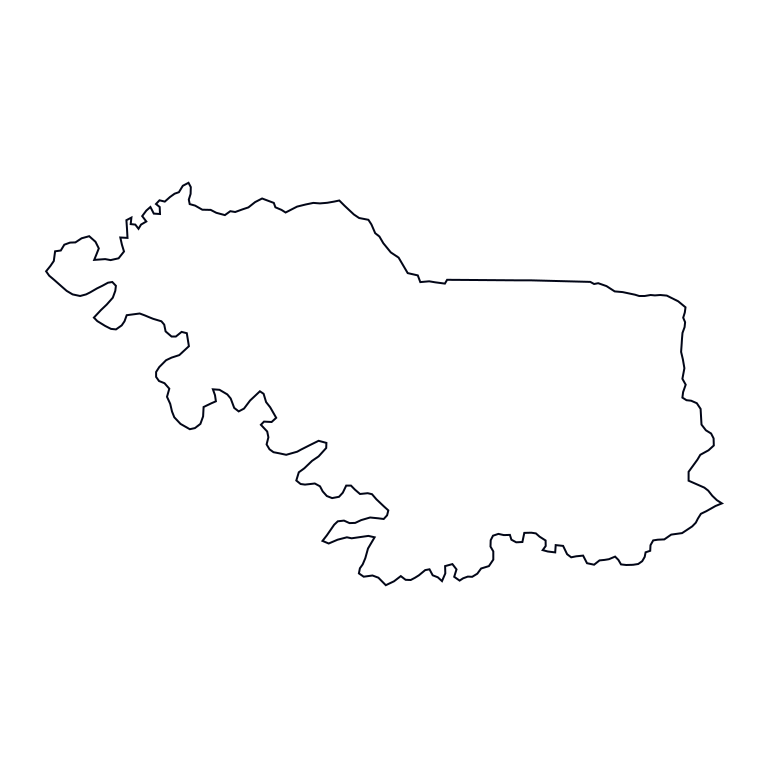 the district of Coronel Vivida, Paraná, Brazil
{"feature_id": "56859067B6845535054846", "entity_name": "Coronel Vivida", "entity_type": "district", "adm_level": 2, "iso_a3": "BRA", "parent_name": "Brazil", "parent_adm1": "Paraná", "projection": "albers", "projection_center": [-52.604, -25.993], "detail": "fine", "context": "isolated", "style": "outline", "palette": "ink", "viewbox_px": 768, "rotation_deg": 0, "n_neighbors": 0, "source": "geoboundaries", "source_scale": "gbopen_adm2", "svg_char_len": 4326}
<svg xmlns="http://www.w3.org/2000/svg" viewBox="0 0 768 768"><path d="M190.8,187.1L188.5,182.8L182.8,185.8L178.9,192.2L174.6,193.7L170.0,197.0L164.8,201.6L159.5,200.3L156.0,204.0L159.7,207.0L160.0,214.0L153.8,213.6L150.4,207.0L146.3,210.6L142.2,216.1L146.3,221.5L141.0,224.6L138.5,228.8L135.3,224.6L130.7,224.1L131.4,217.6L126.4,220.2L127.0,228.8L127.5,237.9L120.3,237.5L121.9,244.6L124.0,251.5L118.6,258.3L110.6,260.1L105.2,259.1L94.2,259.9L96.4,254.5L98.8,248.4L95.5,241.8L89.2,236.2L81.6,238.3L75.4,242.4L70.0,242.6L64.3,244.7L60.8,250.5L55.1,251.3L53.8,261.0L50.3,266.1L46.1,271.3L49.2,275.7L54.3,280.0L62.0,286.8L66.7,290.9L72.6,294.4L80.1,296.0L86.1,294.4L90.1,292.4L97.0,288.4L102.3,285.8L108.0,282.7L112.3,282.0L115.9,285.8L115.3,290.8L112.8,297.7L106.7,304.6L100.9,310.1L93.9,317.6L97.3,321.1L105.1,325.9L111.0,328.9L116.0,329.4L121.7,325.4L124.5,321.3L126.7,315.2L139.7,313.5L144.8,315.4L149.1,317.2L153.1,318.8L161.4,321.3L164.2,324.6L165.6,331.4L171.5,336.5L175.9,336.5L181.6,331.9L186.8,333.2L188.9,346.2L179.3,355.1L171.6,357.6L166.1,360.2L159.3,367.0L156.1,372.0L156.1,376.9L159.0,381.0L164.5,383.2L169.3,388.7L167.0,396.8L170.2,403.8L172.0,411.5L174.3,417.3L180.5,423.9L189.8,429.2L194.9,428.1L200.4,423.9L203.1,416.4L203.6,407.0L211.3,403.3L215.9,401.3L215.0,395.2L212.9,389.3L219.5,389.8L227.3,394.4L230.7,398.5L234.2,407.9L238.7,411.4L244.0,408.6L250.1,400.5L254.7,396.2L259.9,391.3L263.6,393.8L266.1,402.1L270.2,407.3L276.2,417.8L271.6,422.0L264.0,421.6L260.9,424.8L267.2,431.5L268.4,437.3L266.6,444.4L269.5,449.3L273.5,452.2L279.2,453.3L286.2,454.8L297.2,451.7L301.0,449.6L309.7,445.2L318.6,440.8L326.4,442.9L326.2,448.0L318.6,456.4L312.0,460.9L304.3,468.3L298.8,472.3L296.3,480.5L300.6,484.0L305.0,484.6L314.8,483.5L320.0,486.3L322.7,491.4L326.8,496.0L332.1,498.1L339.0,496.8L342.8,492.7L346.2,485.6L351.0,485.6L354.9,489.6L360.0,494.0L367.7,493.2L372.0,494.2L376.4,499.3L383.9,506.4L388.3,510.4L387.1,515.3L383.7,519.0L378.2,518.3L370.1,517.5L361.2,520.1L355.2,522.9L349.5,523.1L344.0,520.6L337.8,521.3L334.2,524.7L326.8,535.4L322.5,540.9L328.7,543.5L337.6,539.7L346.9,537.3L351.6,538.3L368.4,535.9L374.6,537.3L368.0,548.5L365.3,558.2L362.7,564.4L359.9,568.3L358.9,573.4L363.7,576.7L372.5,575.5L378.4,577.7L385.8,585.2L394.0,581.3L400.8,576.1L405.6,579.8L410.7,580.0L414.9,577.8L418.9,575.3L425.2,570.1L429.5,569.3L432.7,575.3L437.8,577.3L442.0,581.1L445.3,573.4L445.1,566.1L452.4,564.1L456.5,569.4L454.2,576.8L459.6,580.6L463.1,578.3L467.8,576.6L472.2,576.8L477.3,573.7L481.1,568.5L488.9,566.1L493.3,559.6L493.3,551.4L490.5,546.6L490.7,540.2L493.0,535.7L498.4,533.9L503.9,535.1L509.9,534.9L511.4,539.7L516.2,542.3L522.4,542.0L524.3,532.9L531.3,532.7L535.9,533.4L539.5,536.6L545.6,540.5L545.7,546.0L542.7,550.1L547.8,551.5L555.2,552.4L555.7,545.1L563.1,545.9L567.1,554.2L571.2,557.3L576.2,556.3L583.1,555.6L587.0,563.2L594.1,564.7L599.5,560.4L604.6,559.9L608.9,559.2L615.1,556.6L618.4,559.9L621.0,564.4L626.2,565.0L633.0,564.8L638.2,564.0L642.2,561.2L644.7,556.9L645.6,552.3L650.2,550.8L650.5,545.2L653.2,540.4L657.8,539.7L664.3,539.4L671.2,534.6L682.1,533.1L692.2,526.4L695.8,522.7L697.9,518.6L700.9,513.8L706.3,511.2L715.5,506.0L721.9,503.4L716.9,500.2L712.3,495.8L708.2,490.6L704.3,487.6L688.6,480.7L688.6,471.8L697.4,459.7L700.3,454.8L708.5,450.3L713.8,445.5L713.6,438.4L711.1,433.5L705.9,430.3L701.5,424.6L700.6,408.9L696.8,403.2L691.1,400.7L686.5,400.2L682.4,397.6L683.1,392.1L685.7,384.7L682.4,378.8L684.4,368.2L682.9,359.5L681.1,351.9L681.7,343.5L682.0,338.7L682.5,332.9L684.6,327.1L685.1,322.2L683.2,317.7L684.8,312.5L685.5,307.3L678.2,301.3L666.8,295.6L660.2,295.0L654.9,295.4L650.6,295.0L644.7,296.0L639.2,296.0L635.0,294.7L622.7,292.1L614.7,291.4L606.5,286.1L598.2,283.2L594.1,284.0L590.3,281.9L529.7,280.3L513.8,280.3L447.1,279.8L444.9,283.6L435.1,282.3L429.2,281.3L420.3,282.1L417.8,275.4L407.7,273.1L398.6,257.6L390.8,252.4L383.3,243.2L379.4,236.5L375.2,233.2L371.4,224.4L368.4,219.8L359.1,218.0L353.9,214.5L344.6,205.8L339.3,200.5L334.1,201.6L327.2,202.8L319.9,203.4L313.3,202.9L305.6,204.5L297.1,206.6L285.6,212.5L281.5,209.9L275.4,207.3L273.8,202.9L262.1,198.5L255.1,202.1L248.4,207.4L242.4,209.4L235.2,212.0L230.3,211.2L224.9,215.1L216.3,212.8L210.7,209.9L202.3,209.7L195.1,205.6L189.7,204.1L188.8,199.6L190.6,193.9L190.8,187.1Z" fill="none" stroke="#020617" stroke-width="2"/></svg>